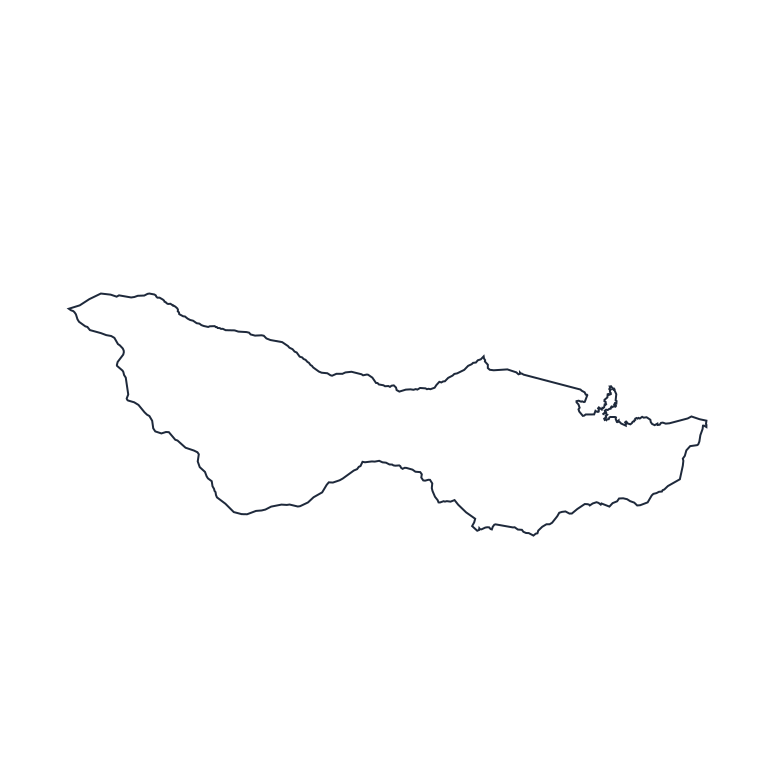 outline of Secaria, Prahova, Romania, rotated 314°
{"feature_id": "2599482B18206693786846", "entity_name": "Secaria", "entity_type": "district", "adm_level": 2, "iso_a3": "ROU", "parent_name": "Romania", "parent_adm1": "Prahova", "projection": "robinson", "projection_center": [25.677, 45.313], "detail": "fine", "context": "isolated", "style": "outline", "palette": "slate", "viewbox_px": 768, "rotation_deg": 314, "n_neighbors": 0, "source": "geoboundaries", "source_scale": "gbopen_adm2", "svg_char_len": 6166}
<svg xmlns="http://www.w3.org/2000/svg" viewBox="0 0 768 768"><g transform="rotate(314 384 384)"><path d="M577.0,645.8L578.6,644.3L578.9,643.4L581.6,641.4L577.9,635.5L574.2,627.7L570.2,626.4L554.0,616.6L551.2,614.2L549.9,611.4L548.5,610.3L546.2,610.6L544.6,609.3L545.4,608.2L542.4,607.3L541.5,604.6L541.9,602.4L543.3,600.4L542.5,596.0L540.2,594.2L539.7,592.5L536.9,592.0L536.4,590.6L535.3,590.5L535.0,589.3L533.6,588.8L532.7,589.7L531.6,589.3L530.9,589.9L529.6,589.1L528.0,589.5L526.1,589.2L524.9,586.7L525.3,584.4L524.9,584.1L523.9,584.1L523.4,586.0L522.6,586.1L522.0,586.8L520.3,582.0L520.4,579.3L519.5,578.8L520.6,578.0L518.6,577.6L519.8,574.9L521.1,574.1L520.8,573.2L517.5,569.7L516.5,569.4L514.8,570.1L513.3,568.8L512.5,569.1L512.3,567.9L511.5,567.7L512.0,566.5L514.5,566.9L515.0,565.7L516.8,565.9L516.6,565.3L517.8,563.6L513.9,562.4L516.9,562.7L517.8,562.2L518.1,561.4L519.8,561.6L520.7,563.0L522.8,563.4L523.6,564.2L524.5,563.8L525.7,564.2L525.4,563.4L525.9,563.3L526.5,564.4L527.7,564.9L528.1,565.7L528.6,565.5L528.7,566.2L529.4,566.1L529.7,565.5L529.2,563.9L530.8,563.4L531.5,564.6L533.3,563.1L533.2,561.9L538.0,558.2L539.8,553.8L540.3,553.6L540.4,552.7L539.4,552.8L540.1,548.9L539.4,548.4L539.5,549.6L538.6,548.9L537.1,549.5L537.3,550.5L536.8,550.2L536.7,551.1L535.9,551.3L535.2,552.2L535.0,553.5L533.8,553.5L533.8,554.0L532.5,553.4L532.7,552.4L532.0,552.0L529.5,554.0L525.8,553.6L524.7,554.6L525.1,555.8L523.9,557.3L523.7,558.6L523.4,557.3L522.8,557.6L522.5,557.0L520.2,558.5L518.7,558.4L518.5,557.7L516.9,558.4L516.4,554.8L515.2,554.9L515.0,556.2L513.3,557.6L512.5,557.3L512.2,556.2L511.5,555.8L511.5,554.8L508.1,556.3L502.1,550.2L500.4,550.0L499.2,549.2L499.8,543.6L500.9,541.5L502.8,541.2L504.4,538.1L504.6,535.2L505.4,534.4L507.2,535.6L508.2,538.1L509.1,538.5L509.9,540.4L510.7,540.8L517.2,538.0L517.3,537.5L516.5,536.5L517.4,534.1L516.5,530.9L516.5,529.2L487.7,477.9L487.2,475.8L486.6,475.3L486.7,473.9L485.8,474.8L484.4,474.0L484.3,471.1L480.2,462.6L470.1,453.4L467.7,450.2L467.6,447.6L470.0,445.3L470.3,440.9L471.4,440.2L471.8,438.2L473.1,436.5L469.0,436.5L466.2,435.0L463.3,435.2L461.1,433.4L459.1,433.3L455.5,431.9L449.9,431.9L442.4,429.2L440.1,427.6L437.7,427.5L433.0,425.9L428.3,425.9L426.8,424.7L425.0,424.2L424.0,422.3L419.7,422.4L416.5,423.0L412.5,421.0L411.5,419.4L410.1,418.5L409.7,416.9L406.2,412.7L403.2,411.9L402.4,410.4L400.3,409.2L398.6,406.8L395.1,403.6L389.2,400.3L388.4,397.3L389.8,395.1L389.8,392.0L388.0,390.6L386.1,390.3L385.6,388.6L383.1,386.3L382.7,384.5L380.1,380.6L380.2,378.7L379.2,377.5L380.5,371.2L379.6,366.1L378.9,365.1L375.7,362.9L375.4,361.1L370.2,352.1L365.5,348.2L362.4,347.0L358.3,342.7L353.9,340.9L353.1,339.4L352.4,335.8L348.8,331.3L347.7,328.5L346.7,321.5L347.0,319.5L346.6,318.0L347.1,315.2L346.7,313.6L346.9,310.8L346.1,308.7L346.3,306.8L345.1,304.3L346.0,299.3L345.2,297.2L345.5,294.0L344.4,290.7L344.6,288.6L343.4,281.7L336.7,271.7L335.1,267.8L335.2,264.0L334.0,262.1L329.2,257.6L327.0,253.6L327.2,251.3L325.9,249.1L320.5,242.8L318.8,239.3L312.7,232.7L311.7,229.7L310.4,228.4L310.1,227.0L308.7,225.4L308.8,224.1L308.1,223.4L308.0,222.0L304.5,218.6L302.9,217.9L300.5,214.0L299.5,211.7L299.2,209.3L297.6,207.0L296.9,202.7L295.4,200.1L294.6,197.3L294.3,193.9L293.2,192.5L292.0,188.2L293.1,186.7L293.0,185.2L294.3,184.2L294.8,182.8L294.7,180.3L294.4,178.7L293.8,178.1L294.1,177.1L293.6,176.5L293.4,174.7L291.6,173.1L291.1,171.6L291.2,170.0L290.7,169.0L291.2,167.9L291.1,166.2L290.2,162.6L288.7,161.0L288.7,159.3L289.2,158.4L288.9,156.7L286.1,152.4L284.6,151.3L281.1,150.1L276.4,145.6L273.2,144.0L270.6,142.0L263.7,131.8L261.1,131.0L258.4,125.3L252.4,117.5L240.4,113.1L229.2,110.5L219.2,105.0L219.6,107.6L220.6,109.9L220.6,111.6L220.1,114.0L217.6,118.6L216.9,121.4L218.0,129.1L219.0,131.0L218.5,135.0L224.0,145.1L226.2,150.2L229.0,154.4L229.9,158.0L227.9,164.9L228.3,167.1L228.1,171.4L227.2,173.6L226.1,174.8L224.0,176.0L214.8,177.1L212.0,178.7L211.6,179.4L212.0,186.6L211.6,188.1L209.9,190.8L209.2,193.8L198.8,207.3L194.8,209.0L194.3,210.0L194.3,211.3L197.3,217.0L198.4,221.9L197.3,231.4L197.3,234.8L198.0,237.5L196.5,242.8L191.8,248.8L191.0,252.4L193.8,258.2L198.0,260.5L199.9,262.7L198.9,272.6L199.9,274.7L200.3,285.5L204.1,293.5L205.3,297.2L204.8,299.6L198.9,303.8L196.2,309.2L196.4,316.3L194.4,320.5L193.8,322.9L194.4,327.6L191.3,331.7L190.5,334.6L189.4,336.3L189.2,337.9L187.4,340.3L186.4,342.6L187.7,353.1L187.5,364.9L191.5,372.0L195.2,376.0L203.8,380.1L208.0,383.8L211.3,385.9L217.4,388.0L226.0,394.0L229.5,398.1L231.7,399.8L236.0,407.1L237.8,408.5L246.0,411.6L253.6,412.0L263.1,414.8L271.7,412.8L274.9,412.6L277.6,415.7L284.0,419.0L287.3,420.0L300.8,422.4L304.1,423.8L306.9,423.4L308.6,424.1L313.1,422.6L314.5,424.7L319.8,429.0L321.8,431.3L325.4,433.9L326.6,437.3L328.8,440.1L329.9,443.8L331.7,445.8L332.0,447.3L333.1,448.9L336.0,451.5L336.2,452.8L335.6,454.4L335.9,456.3L338.1,457.1L339.2,458.4L342.2,464.0L342.7,467.5L345.8,471.3L345.3,473.9L342.6,475.8L341.9,479.2L343.0,480.7L346.0,482.5L347.0,483.7L346.0,487.8L342.3,490.7L340.7,493.3L338.3,499.0L337.7,503.3L336.7,505.5L337.7,506.6L341.1,508.3L341.7,509.5L343.4,510.6L345.6,513.6L349.5,515.4L348.7,521.2L348.7,532.2L350.4,543.2L347.1,545.0L343.0,546.1L343.2,553.0L345.0,553.8L346.4,552.8L346.2,554.0L347.2,555.1L351.1,556.6L352.7,557.8L353.9,559.2L353.7,561.4L354.3,562.6L356.9,561.4L359.4,561.1L360.5,561.7L370.4,576.4L371.7,577.5L372.3,581.4L374.9,584.5L374.5,586.9L375.5,589.7L377.3,591.7L378.8,596.8L381.7,597.1L383.2,598.1L385.7,596.8L391.2,597.0L396.0,598.3L398.2,600.6L401.0,601.3L409.2,600.5L413.1,599.5L415.7,600.9L418.4,603.1L419.6,607.4L421.3,609.1L428.4,609.9L437.1,611.8L439.1,614.1L439.7,615.5L439.6,616.4L443.0,617.1L446.6,619.0L447.5,620.9L447.8,623.7L449.1,623.4L452.4,631.3L457.1,631.2L461.6,633.2L464.9,632.6L467.9,635.4L470.0,638.9L470.7,642.4L472.5,646.4L472.5,650.5L474.8,652.5L482.0,655.9L489.8,654.0L492.1,654.1L494.8,655.8L497.5,656.7L499.7,658.6L501.2,658.2L502.8,658.9L507.8,659.1L521.0,663.0L532.8,655.7L536.7,652.7L537.9,650.8L541.3,650.3L546.3,647.6L552.0,647.4L557.5,651.7L558.8,652.0L561.7,650.8L567.0,647.1L573.0,644.4L575.6,642.4L576.3,643.0L577.0,645.8Z" fill="none" stroke="#1e293b" stroke-width="2"/></g></svg>